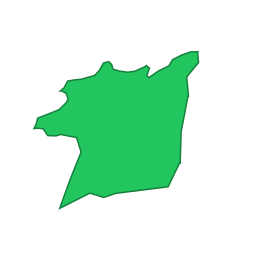 Lidköping, Västra Götaland, Sweden (Equal Earth projection), rotated 158°
{"feature_id": "70781695B58829616428329", "entity_name": "Lidköping", "entity_type": "district", "adm_level": 2, "iso_a3": "SWE", "parent_name": "Sweden", "parent_adm1": "Västra Götaland", "projection": "equal_earth", "projection_center": [13.062, 58.573], "detail": "fine", "context": "isolated", "style": "filled", "palette": "green", "viewbox_px": 256, "rotation_deg": 158, "n_neighbors": 0, "source": "geoboundaries", "source_scale": "gbopen_adm2", "svg_char_len": 816}
<svg xmlns="http://www.w3.org/2000/svg" viewBox="0 0 256 256"><g transform="rotate(158 128 128)"><path d="M112.8,58.5L93.7,75.9L92.9,75.7L80.2,104.5L60.8,134.5L60.1,134.6L54.4,153.4L38.1,162.2L35.1,172.2L34.6,172.6L41.5,175.1L50.9,175.5L61.0,174.7L66.9,170.3L78.1,169.5L89.8,166.9L91.0,169.5L85.7,175.5L87.6,179.0L89.8,178.4L100.4,178.1L107.5,179.9L114.6,184.0L119.9,188.1L119.3,193.0L121.0,196.7L126.3,197.5L132.8,192.2L139.3,189.2L152.9,190.7L161.1,193.0L166.4,194.1L172.3,189.2L176.6,187.8L176.1,187.7L172.3,183.2L172.7,177.2L175.7,174.6L185.1,170.8L195.0,170.8L208.1,171.0L211.2,166.5L215.4,162.7L211.2,161.4L207.0,159.1L205.2,151.0L197.6,147.6L192.9,147.3L179.3,138.4L180.5,123.2L201.0,101.9L221.4,79.1L187.8,81.9L176.4,72.7L163.9,72.0L112.8,58.5Z" fill="#22c55e" stroke="#15803d" stroke-width="1.5"/></g></svg>